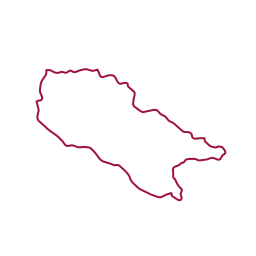 an SVG outline of Caazapá, rotated 64°
{"feature_id": "PRY-618", "entity_name": "Caazapá", "entity_type": "Department", "adm_level": 1, "iso_a3": "PRY", "parent_name": "Paraguay", "parent_adm1": "", "projection": "albers", "projection_center": [-55.918, -26.161], "detail": "fine", "context": "isolated", "style": "outline", "palette": "rose", "viewbox_px": 256, "rotation_deg": 64, "n_neighbors": 0, "source": "natural_earth", "source_scale": "10m", "svg_char_len": 2848}
<svg xmlns="http://www.w3.org/2000/svg" viewBox="0 0 256 256"><g transform="rotate(64 128 128)"><path d="M173.7,64.7L179.3,62.5L180.5,61.8L181.6,60.9L182.2,60.0L183.3,58.7L183.9,57.9L184.1,57.0L184.1,56.4L184.3,54.8L186.2,51.9L190.3,50.8L191.3,50.9L192.9,51.3L193.4,51.9L193.7,52.7L193.7,53.6L193.9,54.7L194.4,55.8L195.8,57.8L196.3,58.6L196.5,59.6L196.3,60.4L195.6,61.4L192.7,64.0L191.8,65.3L191.2,67.0L191.0,69.9L190.6,71.6L188.8,77.1L188.3,78.3L187.6,79.2L185.2,81.2L184.9,81.7L182.6,86.7L181.9,88.9L181.9,90.2L182.5,91.2L183.0,92.0L183.3,93.3L183.0,94.7L183.0,95.9L183.7,98.4L183.7,99.6L183.3,103.0L183.7,104.4L184.4,105.4L184.9,105.8L189.6,107.7L191.1,108.5L192.0,108.9L192.8,109.0L194.3,108.3L195.2,108.2L198.0,108.3L201.2,108.1L203.2,107.7L206.8,106.6L207.4,106.8L208.1,107.3L208.6,107.8L209.0,108.3L209.6,109.0L210.3,109.6L211.2,109.9L213.4,110.1L214.2,110.3L214.9,110.8L215.6,111.7L215.7,112.7L215.1,113.9L214.2,114.8L208.3,118.3L206.8,118.0L206.4,117.7L206.0,117.6L205.6,117.7L205.3,118.1L205.1,119.1L205.1,119.9L205.0,120.7L204.8,121.5L204.6,122.5L204.7,128.6L204.3,129.6L203.7,130.7L202.7,131.8L198.0,136.4L188.5,143.8L186.5,145.0L178.8,147.9L176.5,148.3L175.0,148.4L173.4,148.0L171.4,148.0L169.0,148.3L164.3,149.7L157.6,152.5L156.5,153.9L155.5,156.5L154.7,157.4L152.6,159.2L147.4,164.8L145.6,166.0L143.6,166.9L135.8,168.4L130.2,170.2L128.5,171.5L126.0,175.3L125.5,176.5L124.4,179.6L123.3,181.3L122.0,182.8L120.4,184.1L119.5,185.2L118.8,186.4L117.7,190.3L116.9,191.2L115.1,192.0L111.7,192.5L104.8,194.8L95.2,200.0L82.2,205.2L80.3,205.2L78.6,204.8L76.9,203.7L73.4,200.8L72.7,200.4L64.2,198.6L64.0,197.5L64.0,197.2L64.1,196.6L64.6,195.3L64.9,194.2L64.6,193.1L63.7,192.0L61.8,191.5L58.2,191.4L56.6,191.1L54.9,190.3L50.1,187.1L48.3,185.4L46.2,182.1L45.3,180.3L44.3,178.8L43.6,177.9L40.3,175.9L41.5,173.1L43.0,171.7L44.4,170.8L46.5,168.9L47.5,167.4L48.0,165.9L48.1,164.4L48.5,163.0L49.2,162.0L50.7,160.4L51.2,159.1L51.3,157.9L51.0,156.7L50.9,155.5L51.1,154.8L51.6,154.1L53.9,152.4L54.4,151.5L54.7,150.3L55.1,145.8L56.2,141.1L57.0,139.6L60.9,135.1L61.4,134.0L62.2,129.9L65.9,129.9L68.7,130.3L70.3,129.6L71.2,128.6L72.0,123.0L72.7,120.9L73.9,118.8L75.1,117.8L76.7,117.3L82.2,117.1L84.1,116.4L85.0,115.4L85.4,114.0L85.6,112.5L86.0,111.1L86.9,109.5L87.8,109.0L88.6,109.0L89.3,109.5L90.1,109.7L91.2,109.6L96.7,107.2L98.3,106.7L99.7,106.7L100.6,107.2L101.1,107.5L104.2,110.0L108.7,113.0L110.8,113.2L117.2,110.0L120.0,108.1L120.2,107.8L120.3,107.6L120.6,106.5L123.0,96.8L123.5,95.7L124.5,94.3L126.0,93.7L129.7,92.6L131.1,91.7L133.2,89.9L134.6,89.3L138.6,88.4L139.9,87.8L142.7,85.6L144.2,84.7L154.3,80.5L155.8,79.7L156.4,79.0L157.6,76.5L158.4,75.4L160.1,73.9L161.2,73.6L162.3,73.7L163.3,74.1L164.4,74.2L165.7,73.8L166.8,72.7L167.5,71.4L168.9,67.4L169.8,65.7L170.1,65.1L170.8,63.8L173.7,64.7Z" fill="none" stroke="#9f1239" stroke-width="2"/></g></svg>